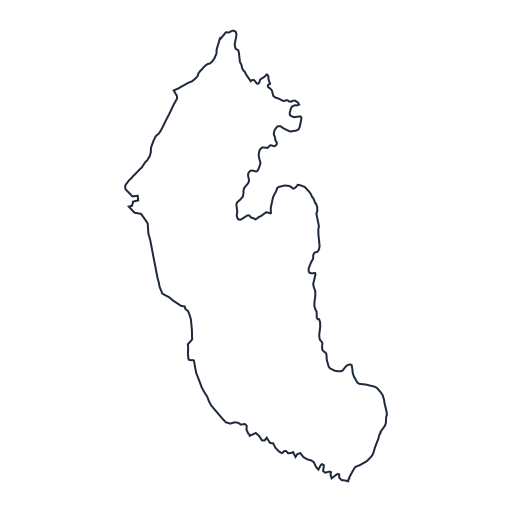 Mandiana, Mandiana, Guinea (Equal Earth projection)
{"feature_id": "49546643B67473886511689", "entity_name": "Mandiana", "entity_type": "district", "adm_level": 2, "iso_a3": "GIN", "parent_name": "Guinea", "parent_adm1": "Mandiana", "projection": "equal_earth", "projection_center": [-8.547, 10.818], "detail": "fine", "context": "isolated", "style": "outline", "palette": "slate", "viewbox_px": 512, "rotation_deg": 0, "n_neighbors": 0, "source": "geoboundaries", "source_scale": "gbopen_adm2", "svg_char_len": 5932}
<svg xmlns="http://www.w3.org/2000/svg" viewBox="0 0 512 512"><path d="M348.2,481.3L348.4,480.0L348.5,479.1L349.3,478.6L349.2,477.5L350.6,474.9L354.3,468.3L355.8,466.7L359.9,465.1L366.9,461.1L371.1,456.8L372.3,455.1L372.7,454.5L373.8,451.5L374.9,447.6L378.5,438.3L379.0,436.0L380.1,433.1L380.5,433.0L380.6,431.7L383.6,427.6L384.8,425.9L385.8,423.4L386.2,416.9L386.9,414.8L386.7,413.1L386.6,411.9L384.4,402.6L384.1,400.0L382.5,394.8L380.1,391.5L377.0,388.0L374.7,386.7L365.6,384.5L359.5,383.9L358.8,383.5L357.3,382.6L353.8,376.2L352.7,373.0L352.5,370.6L352.3,368.8L351.7,365.4L351.4,364.9L349.9,364.4L347.3,365.2L345.7,366.6L343.2,369.8L342.7,370.4L342.5,370.7L340.6,371.3L337.3,371.2L334.7,370.7L329.9,368.3L328.6,366.5L326.8,359.9L326.4,354.2L325.9,353.0L325.6,352.8L323.4,351.1L322.4,349.8L322.0,347.5L322.4,343.2L321.6,341.7L320.0,339.9L319.4,337.7L319.3,336.0L319.2,334.9L320.2,326.9L320.1,322.2L319.1,319.2L318.4,319.2L317.7,319.1L316.8,317.8L316.6,311.6L315.6,310.0L314.3,305.9L314.4,302.7L315.3,295.7L315.3,291.4L313.5,286.1L313.2,283.9L315.5,274.3L315.1,273.0L311.9,273.4L309.4,272.7L308.7,271.3L308.6,268.8L308.9,268.0L309.1,267.2L311.2,262.0L313.1,258.8L313.3,254.8L314.6,252.6L317.4,251.8L318.3,250.7L318.6,250.0L319.0,249.1L319.6,246.2L318.4,234.3L318.3,229.6L318.9,226.2L317.1,217.2L316.4,213.6L317.3,210.8L317.2,207.1L316.0,203.6L315.5,203.5L313.4,198.5L311.9,196.5L311.0,194.4L309.8,192.5L304.8,187.0L300.1,185.2L297.8,184.8L296.2,186.8L294.9,187.9L294.3,188.3L293.0,188.6L291.8,187.6L290.9,186.8L288.9,185.9L284.7,185.5L279.2,186.8L277.3,187.8L276.7,189.7L276.5,190.3L273.3,196.6L273.1,197.1L270.9,207.1L270.7,209.6L270.8,210.7L271.0,212.9L270.6,213.4L266.3,212.2L260.6,216.3L259.1,216.8L258.6,217.2L257.1,218.5L255.2,219.4L253.6,218.2L251.7,217.8L250.9,217.3L250.7,217.1L249.5,215.7L248.8,215.4L248.6,215.3L247.3,215.5L240.7,219.7L238.5,219.5L237.4,218.0L236.8,216.1L236.7,214.8L237.3,211.8L236.4,205.0L236.6,203.6L236.7,203.4L237.0,202.6L240.9,199.0L242.9,196.5L243.5,192.9L243.4,191.3L243.5,191.0L244.0,188.2L248.1,183.2L249.0,181.2L249.0,180.0L248.1,175.8L248.1,174.4L248.2,173.9L248.6,172.7L249.7,171.4L250.9,170.6L252.7,170.6L256.2,171.5L257.1,171.1L257.9,170.1L258.0,170.0L259.2,167.3L260.5,163.1L259.9,160.8L259.2,158.5L258.7,154.6L259.0,152.6L259.2,151.6L260.1,149.4L261.7,147.8L262.9,147.4L267.6,147.9L270.1,145.4L271.2,145.3L274.2,146.3L275.2,145.8L276.5,144.7L276.6,144.2L276.8,143.5L276.8,142.4L275.4,140.3L275.0,137.4L274.0,135.0L273.9,134.5L273.8,133.4L274.1,132.0L274.2,131.3L275.1,129.4L276.8,127.0L277.9,126.3L280.4,126.2L283.9,128.6L284.6,128.9L289.6,131.3L291.6,131.5L292.8,131.0L295.4,130.8L297.7,129.9L298.8,128.9L299.5,127.3L299.9,126.3L300.9,121.1L301.4,118.5L301.3,117.4L300.4,116.4L299.4,116.5L293.8,117.2L290.4,115.6L289.9,114.9L289.8,114.7L289.7,113.4L289.8,112.7L290.9,108.5L291.9,106.6L294.6,105.3L297.4,105.3L299.1,104.6L297.9,102.5L294.8,100.5L292.3,100.9L291.7,101.6L289.3,101.6L287.9,100.5L286.5,100.1L284.3,101.0L282.6,100.7L278.5,98.5L278.1,98.4L275.5,97.6L273.3,95.9L271.9,90.5L270.2,88.5L268.6,87.4L268.2,87.1L267.8,85.9L268.2,84.8L270.1,83.8L269.4,82.0L268.5,79.3L268.4,76.5L267.4,74.8L266.7,74.4L264.6,76.7L260.3,79.4L259.4,82.0L259.0,83.1L258.1,83.7L257.0,83.7L254.1,80.1L252.7,80.0L251.1,80.5L250.7,81.2L249.1,78.9L246.7,75.4L246.3,74.9L246.0,74.4L244.7,71.7L243.5,70.6L242.2,68.4L241.4,64.7L239.9,61.9L238.9,52.8L238.7,51.9L238.3,50.3L235.7,48.8L235.1,47.2L234.7,44.1L236.3,36.0L236.4,33.9L235.9,32.1L234.5,30.9L232.4,30.7L228.8,32.5L225.9,32.3L220.5,38.8L220.1,38.3L219.3,40.2L218.9,42.2L218.2,44.0L217.6,46.3L216.9,48.5L216.5,50.8L216.6,53.0L216.1,54.5L215.2,56.4L214.6,58.1L213.5,59.7L212.0,61.7L210.6,62.9L209.6,63.6L207.9,63.9L206.1,65.0L204.9,66.1L203.1,67.8L202.2,69.2L201.0,70.1L200.0,71.3L198.5,73.2L197.8,75.7L195.9,78.1L194.0,79.7L192.2,81.2L189.8,82.2L187.3,83.3L185.6,84.3L183.6,85.4L180.8,87.0L178.0,88.6L175.8,89.5L173.7,90.5L177.0,96.1L177.0,96.9L177.1,98.5L175.9,100.7L173.9,104.2L171.4,109.5L168.9,114.6L165.7,120.8L162.2,128.0L160.1,131.7L159.2,133.2L155.8,136.1L153.5,140.8L151.0,147.6L150.8,152.3L149.8,156.0L148.3,158.5L147.6,159.7L147.1,160.4L146.7,160.8L146.5,161.0L145.0,162.5L144.4,163.5L143.1,165.4L141.9,167.4L140.3,168.8L138.3,170.9L136.8,172.4L135.1,174.2L133.0,176.2L131.8,177.7L130.7,178.8L129.2,180.2L128.3,181.3L127.2,182.8L126.1,184.1L125.5,185.2L125.2,186.3L125.1,186.9L125.4,188.3L125.6,189.4L128.9,192.7L132.4,196.4L137.7,195.8L138.2,200.4L133.1,201.6L132.0,205.8L128.8,206.6L134.5,212.7L141.1,213.9L144.8,219.1L147.7,223.5L148.4,233.7L150.2,240.0L151.6,247.2L154.2,260.9L156.1,270.5L157.5,277.9L158.9,282.9L159.5,286.6L160.6,289.3L162.3,293.5L163.5,294.3L169.1,297.2L172.9,300.5L177.4,303.4L181.0,305.8L184.9,306.6L185.2,308.8L188.1,311.2L189.6,315.0L190.9,319.4L191.5,325.6L191.9,329.9L192.0,333.8L192.0,336.6L192.2,339.2L190.7,341.2L187.8,344.3L188.0,345.5L188.1,346.8L188.1,347.8L188.2,348.3L188.1,348.7L188.1,350.1L188.0,350.7L188.0,352.4L187.9,353.1L188.1,354.4L188.0,355.3L188.3,356.8L188.2,357.3L188.3,358.5L188.9,359.3L189.0,359.8L190.1,360.0L190.8,360.3L192.1,360.1L193.0,360.2L193.9,360.5L195.3,368.5L196.4,373.6L197.9,377.3L199.8,382.2L201.8,387.6L204.7,392.8L207.2,396.7L209.0,401.3L210.9,405.0L213.3,408.0L219.5,415.2L222.5,418.8L225.9,422.3L230.3,423.6L234.7,422.3L238.3,422.8L240.9,424.6L244.8,424.0L246.7,425.8L246.5,429.7L248.3,433.7L249.6,434.7L249.7,435.8L255.8,433.0L258.9,435.7L262.0,440.4L264.6,440.5L266.7,437.7L269.0,441.4L270.2,443.0L273.1,443.3L275.4,447.8L279.2,451.7L282.1,453.1L284.4,451.0L286.2,451.1L288.1,453.3L291.8,452.8L293.1,452.1L295.5,457.0L297.4,454.1L300.3,453.1L303.4,457.1L307.2,459.3L311.4,460.5L313.8,462.2L316.1,467.0L318.4,469.6L320.6,465.3L322.0,464.1L323.9,465.3L323.6,467.7L323.1,471.0L325.1,472.7L329.4,471.6L331.0,472.2L330.5,474.6L331.6,478.3L336.3,474.8L337.5,474.0L339.2,474.4L339.2,477.6L341.6,480.1L344.6,480.4L348.2,481.3Z" fill="none" stroke="#1e293b" stroke-width="2"/></svg>